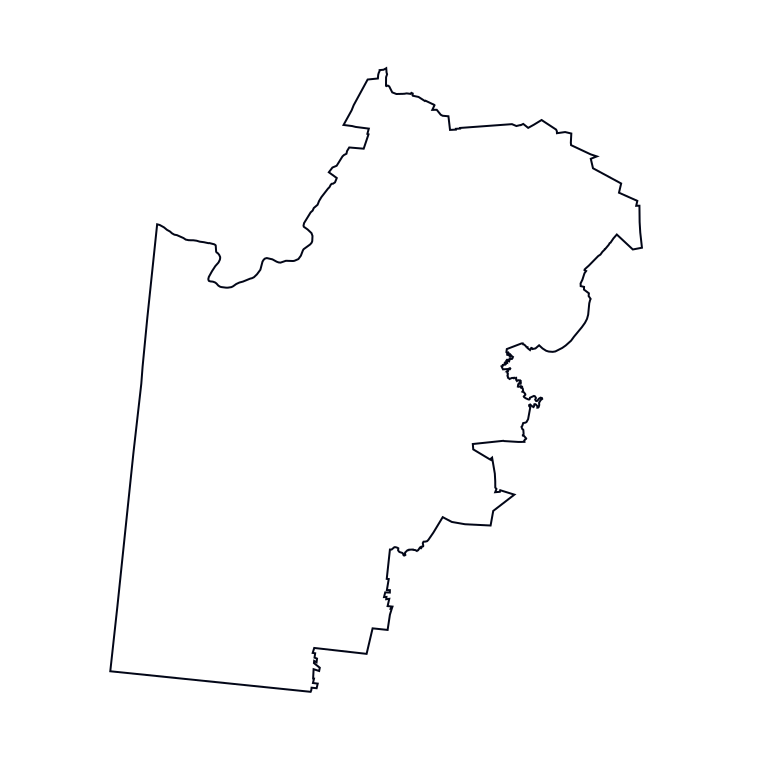 Tenosique, Tabasco, Mexico (Natural Earth projection), rotated 96°
{"feature_id": "50627088B14158734316570", "entity_name": "Tenosique", "entity_type": "district", "adm_level": 2, "iso_a3": "MEX", "parent_name": "Mexico", "parent_adm1": "Tabasco", "projection": "natural_earth1", "projection_center": [-91.353, 17.458], "detail": "fine", "context": "isolated", "style": "outline", "palette": "ink", "viewbox_px": 768, "rotation_deg": 96, "n_neighbors": 0, "source": "geoboundaries", "source_scale": "gbopen_adm2", "svg_char_len": 6138}
<svg xmlns="http://www.w3.org/2000/svg" viewBox="0 0 768 768"><g transform="rotate(96 384 384)"><path d="M248.9,626.3L343.1,626.3L392.0,625.9L409.1,625.4L478.5,626.0L632.9,625.9L698.3,626.2L697.8,424.8L696.1,424.3L693.6,424.3L693.6,419.2L688.9,418.6L688.8,423.4L684.3,422.8L684.3,423.7L675.0,424.2L676.2,418.5L672.9,418.2L668.9,424.5L666.7,424.5L667.8,422.0L664.1,421.9L663.4,424.5L659.0,424.3L658.9,426.8L653.8,425.8L654.2,373.1L628.2,369.8L628.2,354.7L612.8,354.0L607.2,352.9L607.0,354.0L606.5,353.8L606.6,352.8L604.5,352.3L604.5,357.2L597.1,356.3L597.8,359.3L595.5,359.3L595.9,361.7L591.1,361.0L590.8,356.4L588.4,356.6L588.6,359.6L577.5,358.9L577.5,360.9L548.0,360.8L547.8,359.1L545.2,356.6L545.1,355.3L545.5,353.4L545.9,352.6L547.9,352.6L549.0,351.7L549.5,350.9L550.1,348.0L550.9,347.3L552.2,346.7L552.5,346.2L552.4,345.6L551.8,344.9L550.1,345.5L549.3,345.3L546.8,343.2L546.7,342.1L546.2,341.9L545.6,337.8L545.9,337.6L545.9,335.6L546.6,333.9L546.2,333.7L545.8,332.7L543.1,331.3L543.3,330.7L542.7,330.8L542.3,330.4L542.7,329.7L541.8,329.5L541.7,328.7L541.3,328.1L540.5,328.1L538.2,328.8L536.7,328.2L536.4,326.4L535.8,324.7L534.4,323.6L526.7,319.4L510.3,311.7L514.1,302.1L515.0,288.8L513.6,263.2L498.8,262.1L480.4,242.8L477.5,257.3L479.1,257.5L480.0,262.1L476.6,261.2L475.4,262.5L469.1,263.2L461.6,264.4L445.9,268.8L447.5,270.3L448.2,270.0L447.9,270.8L439.7,288.4L434.4,289.4L428.0,259.3L428.2,258.7L427.6,244.8L426.9,238.3L425.8,238.6L425.6,238.3L424.7,238.2L423.7,237.0L423.3,236.9L421.0,239.3L420.8,240.5L420.3,240.6L419.3,239.9L415.8,240.5L414.8,240.8L414.5,241.6L412.3,242.8L411.2,242.1L408.3,241.5L407.6,239.2L406.9,238.3L403.9,237.0L392.1,236.1L390.6,237.4L389.7,237.4L389.1,236.5L390.7,234.3L391.3,232.9L390.2,232.4L388.5,232.4L388.2,231.7L388.6,230.7L389.7,229.5L390.6,229.0L391.5,229.0L391.4,228.3L390.8,227.8L388.7,227.4L386.4,227.8L383.6,226.5L382.3,225.1L381.5,225.4L381.2,226.8L382.5,228.5L384.5,229.6L385.0,230.3L384.9,231.1L383.7,232.0L382.4,231.5L381.8,231.5L380.4,232.7L380.2,233.7L382.4,237.4L383.7,237.5L384.2,237.9L384.3,238.7L383.3,241.7L382.4,243.3L381.8,243.7L379.9,242.3L379.2,242.5L377.6,244.0L377.2,245.6L376.0,245.0L373.9,245.6L373.5,246.0L373.5,247.2L372.9,247.7L372.6,246.6L372.2,246.5L371.8,247.6L372.7,249.9L372.6,250.6L370.5,250.5L369.5,250.1L369.6,248.8L369.4,248.1L368.8,248.1L368.3,248.7L367.9,248.2L367.4,248.4L366.7,248.3L366.1,249.1L366.2,249.5L366.7,249.6L366.2,250.8L366.5,251.6L367.1,252.1L366.2,252.9L364.4,253.2L364.8,253.7L364.7,254.1L364.1,254.6L364.3,255.6L364.7,255.9L364.5,256.4L364.6,257.4L365.9,259.7L365.1,260.6L364.8,261.4L364.1,261.4L363.4,261.9L362.9,261.8L362.6,262.1L361.0,261.8L360.1,262.5L359.6,262.6L359.2,262.4L359.1,262.6L358.5,262.1L358.2,262.3L358.3,262.8L356.0,260.9L356.1,260.3L355.5,260.0L355.1,260.4L356.1,262.1L357.0,267.2L354.1,269.0L353.4,267.7L352.6,267.8L352.0,265.3L351.4,264.9L351.4,265.2L350.7,265.4L350.4,266.1L349.8,265.8L349.4,264.6L349.8,263.7L349.0,263.8L348.1,264.8L347.1,264.3L347.0,263.3L348.1,262.5L348.3,261.9L346.8,261.7L346.0,260.9L345.7,261.0L345.6,261.7L345.3,261.7L345.1,261.2L345.8,260.0L345.7,259.4L344.6,258.8L344.0,259.0L343.8,258.6L344.0,257.8L343.1,259.6L342.3,260.5L343.0,261.2L343.0,262.1L342.6,262.4L341.4,261.5L341.1,261.8L341.2,262.6L341.9,262.7L342.2,263.1L342.1,264.5L341.6,264.6L341.0,263.6L340.0,263.4L339.6,263.7L340.0,265.1L339.6,265.6L336.4,265.5L329.3,251.5L329.1,250.2L330.0,249.8L330.1,248.9L331.0,247.5L332.2,246.3L332.4,245.1L333.2,245.1L335.0,242.3L332.7,241.3L332.7,240.8L333.7,240.0L332.8,237.1L329.3,233.8L332.1,230.0L334.0,226.2L334.5,223.6L334.4,219.6L333.7,217.0L329.5,210.5L326.7,207.3L321.4,202.5L317.1,200.0L306.7,193.1L302.1,190.5L298.0,188.9L293.7,188.2L282.2,188.3L279.0,187.8L277.8,187.4L275.1,189.7L272.4,189.7L269.2,195.0L266.5,195.2L266.1,198.6L263.4,199.0L259.6,197.6L252.9,196.2L250.5,194.8L249.5,197.2L249.4,196.3L248.4,195.9L244.9,192.7L234.3,184.3L232.7,182.3L229.7,180.6L226.9,178.3L226.6,178.4L226.3,177.9L222.0,175.0L220.3,174.3L219.8,173.5L215.3,171.1L211.0,168.1L224.2,150.6L221.5,141.7L206.5,145.0L196.2,146.7L180.0,148.6L180.4,151.8L175.4,151.2L169.2,170.3L159.8,169.1L147.6,198.7L138.4,201.9L135.4,196.1L134.0,202.5L126.9,222.9L124.6,223.4L115.3,223.9L114.5,230.2L116.5,238.2L114.6,238.5L113.0,239.4L105.0,254.9L110.5,262.1L114.2,267.4L110.8,272.7L112.3,275.1L112.2,275.4L113.6,279.3L112.2,283.9L121.4,335.1L122.0,335.0L122.7,339.2L123.5,339.1L124.4,344.9L111.0,347.9L111.1,353.7L110.9,354.2L110.3,355.7L105.8,360.2L106.3,364.6L101.4,362.9L101.2,363.1L97.9,372.4L98.3,372.9L94.9,379.7L94.3,385.5L93.9,385.8L92.1,385.8L91.6,387.2L92.7,387.9L92.6,391.8L93.3,394.4L94.3,402.0L93.1,406.3L87.5,409.9L86.8,411.4L87.5,412.8L87.2,413.2L78.7,414.0L75.6,413.3L74.0,414.0L69.7,414.8L71.5,417.3L72.3,421.2L73.2,421.1L75.3,421.8L77.2,422.1L80.8,422.0L82.9,432.1L109.9,443.3L115.2,444.8L130.6,451.3L130.8,442.6L131.3,439.1L131.6,425.8L137.0,426.7L137.3,425.5L152.1,428.8L152.4,443.3L156.2,445.1L158.9,445.4L160.5,447.8L162.0,449.1L171.9,453.9L174.1,457.9L179.2,461.0L184.1,452.5L188.6,453.8L190.1,455.6L190.3,456.8L191.2,457.7L194.1,458.9L195.5,460.1L204.7,465.8L208.8,467.7L212.7,468.8L216.3,472.2L219.0,473.1L221.0,474.9L232.3,480.3L234.9,480.6L236.0,480.2L238.3,476.1L241.5,471.9L244.2,470.6L249.4,470.3L251.0,470.7L252.9,472.0L258.3,478.0L259.5,478.6L265.1,480.1L268.7,482.2L270.8,485.9L271.2,487.3L271.7,494.4L274.1,499.6L274.1,501.5L273.6,503.5L271.7,508.0L271.0,513.7L271.7,515.5L272.9,516.6L274.9,517.6L283.3,518.9L288.2,521.8L291.4,524.5L292.6,526.4L293.2,528.1L296.9,535.0L298.2,538.4L300.0,541.4L302.6,544.3L303.6,545.9L304.5,549.3L304.7,551.2L304.6,555.8L304.4,557.1L303.5,559.0L301.5,561.2L300.6,562.8L300.1,564.9L300.1,567.4L299.8,568.8L299.4,569.2L298.0,569.7L295.8,569.4L289.9,566.9L284.4,564.1L280.5,561.3L277.5,560.2L275.9,560.1L274.9,560.2L272.8,561.4L271.4,562.8L270.6,564.3L269.8,564.8L264.0,565.8L263.4,566.2L262.8,567.5L262.1,572.3L262.3,573.3L261.8,577.9L261.7,582.1L261.1,585.3L261.0,588.5L261.4,593.2L261.1,596.3L259.8,598.7L257.6,605.5L257.4,608.1L256.3,610.6L254.7,612.8L253.4,615.9L251.2,619.2L249.3,623.7L248.9,626.3Z" fill="none" stroke="#020617" stroke-width="2"/></g></svg>